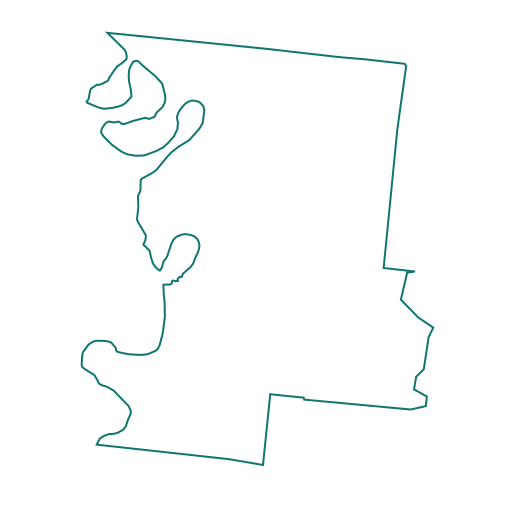 Washington, Mississippi, United States of America, rotated 6°
{"feature_id": "52423323B9626966163113", "entity_name": "Washington", "entity_type": "district", "adm_level": 2, "iso_a3": "USA", "parent_name": "United States of America", "parent_adm1": "Mississippi", "projection": "albers", "projection_center": [-91.095, 33.269], "detail": "fine", "context": "isolated", "style": "outline", "palette": "teal", "viewbox_px": 512, "rotation_deg": 6, "n_neighbors": 0, "source": "geoboundaries", "source_scale": "gbopen_adm2", "svg_char_len": 2824}
<svg xmlns="http://www.w3.org/2000/svg" viewBox="0 0 512 512"><g transform="rotate(6 256 256)"><path d="M383.8,49.3L344.5,49.0L316.1,49.5L246.3,48.9L84.9,49.6L103.6,64.5L105.4,67.1L106.6,71.0L106.5,74.0L104.8,75.8L102.3,78.4L98.1,82.0L95.5,86.3L91.5,93.9L90.8,96.4L89.6,97.8L85.0,100.8L81.9,102.2L79.8,102.4L74.3,106.9L73.7,109.4L73.1,117.2L72.5,118.6L71.4,119.9L71.9,121.2L83.7,124.7L88.4,125.4L90.7,125.3L98.7,123.4L103.8,121.6L107.3,119.9L110.2,117.6L115.5,110.5L113.9,102.8L111.4,95.3L110.5,89.6L110.4,83.9L111.5,80.2L113.6,75.5L116.8,74.3L119.0,74.9L121.6,77.0L123.5,78.5L137.1,87.7L144.8,94.5L148.4,104.5L149.5,109.5L149.1,113.3L147.4,117.7L142.5,123.4L141.2,125.8L141.2,126.9L140.3,128.4L135.5,130.8L131.7,130.2L129.8,130.7L119.4,134.6L110.9,138.7L108.9,138.6L105.5,136.7L100.5,138.1L95.6,137.6L93.5,138.8L91.7,140.9L89.4,145.3L89.1,147.2L89.2,149.3L89.8,150.6L92.0,153.1L101.0,160.4L110.4,165.8L113.7,167.2L117.5,168.3L125.6,168.9L134.3,167.7L145.7,162.1L152.3,157.7L156.6,152.9L161.8,145.7L164.5,138.3L164.5,131.8L163.0,127.0L163.0,125.5L163.5,122.4L165.2,118.4L167.0,115.5L170.3,111.3L173.4,109.2L176.0,108.1L178.2,108.0L182.8,108.5L184.7,109.6L187.9,112.4L189.1,115.6L189.4,116.3L189.1,129.4L186.3,135.4L177.7,147.5L167.4,155.6L160.4,162.4L156.9,167.2L147.9,180.9L144.7,183.8L134.8,190.7L133.7,191.8L133.4,192.6L134.2,202.5L133.6,205.3L132.7,207.3L132.4,209.0L133.9,220.1L133.8,231.8L134.8,234.2L144.4,247.1L144.4,251.5L142.8,256.5L149.3,261.6L149.9,262.7L151.9,268.8L154.4,274.4L157.3,277.6L161.3,280.5L162.0,280.5L163.4,277.8L164.8,270.7L167.0,267.3L167.8,265.3L170.6,252.4L172.2,248.5L173.8,246.4L175.6,244.7L179.5,242.7L183.2,241.6L188.7,241.9L192.9,243.0L195.7,245.1L197.7,248.1L198.7,251.6L198.5,255.4L197.7,258.9L196.1,263.2L194.2,270.2L191.8,274.2L185.3,281.1L184.2,284.6L182.1,284.7L180.5,286.9L180.8,289.1L178.5,289.5L176.2,289.0L175.1,289.8L175.1,291.8L174.9,292.4L172.7,293.6L170.7,293.6L166.9,294.3L168.1,302.7L170.0,312.0L171.7,325.9L171.4,341.1L170.9,345.8L170.0,351.4L169.6,354.2L168.1,358.6L165.9,360.9L158.5,365.0L152.0,366.4L140.3,367.0L132.6,366.4L127.9,365.7L126.9,364.8L126.2,362.2L121.3,357.4L120.4,356.9L115.3,356.2L105.8,357.0L102.5,358.5L99.5,360.9L98.1,362.5L93.8,370.1L93.6,373.2L94.0,382.4L94.2,383.5L94.8,384.5L97.6,386.4L107.7,391.3L111.7,396.7L112.5,398.5L113.9,399.7L117.6,401.0L121.1,401.5L128.3,404.6L145.0,418.5L147.3,422.4L147.9,425.0L147.8,426.1L145.8,432.4L144.3,439.0L142.0,442.7L136.5,446.5L133.2,447.7L128.3,448.5L124.0,450.6L119.9,453.7L117.3,460.3L250.8,460.9L284.8,463.1L284.6,392.0L318.3,391.9L318.9,393.8L425.8,392.5L440.6,387.5L440.6,377.9L427.1,372.1L427.9,359.4L434.7,351.1L436.2,318.5L439.8,308.7L423.9,300.3L404.6,284.2L408.1,256.8L415.7,254.8L384.2,254.6L383.7,173.5L383.3,115.6L385.5,51.6L383.8,49.3Z" fill="none" stroke="#0f766e" stroke-width="2"/></g></svg>